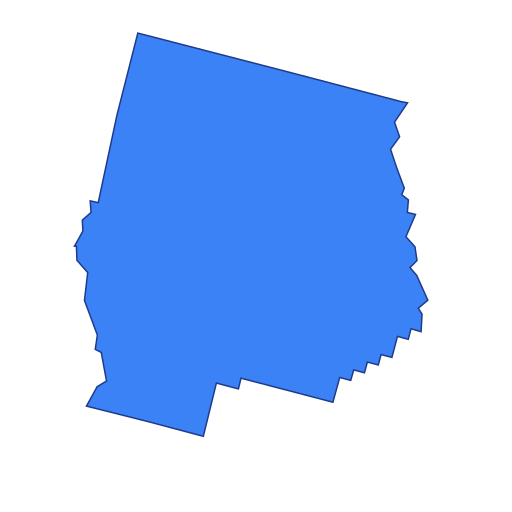 Stoddard, Missouri, United States of America (Robinson projection), rotated 194°
{"feature_id": "52423323B58883405017041", "entity_name": "Stoddard", "entity_type": "district", "adm_level": 2, "iso_a3": "USA", "parent_name": "United States of America", "parent_adm1": "Missouri", "projection": "robinson", "projection_center": [-90.02, 36.877], "detail": "fine", "context": "isolated", "style": "filled", "palette": "blue", "viewbox_px": 512, "rotation_deg": 194, "n_neighbors": 0, "source": "geoboundaries", "source_scale": "gbopen_adm2", "svg_char_len": 852}
<svg xmlns="http://www.w3.org/2000/svg" viewBox="0 0 512 512"><g transform="rotate(194 256 256)"><path d="M169.2,133.0L146.0,132.7L145.4,158.4L134.0,158.2L133.6,169.1L122.5,168.9L122.3,180.0L111.0,179.9L110.8,190.6L99.6,190.5L99.3,212.2L88.1,212.0L88.0,222.9L77.5,222.5L80.8,239.7L85.9,244.6L78.6,254.7L95.4,276.1L103.8,282.0L98.7,290.6L104.0,303.4L115.2,311.0L111.3,334.9L119.7,334.9L121.7,347.3L129.4,350.7L128.5,357.7L140.8,375.6L151.3,392.2L145.5,406.4L154.0,419.4L146.0,441.3L152.5,440.9L264.0,442.3L424.6,443.7L425.0,359.0L422.0,269.6L430.2,269.4L426.6,258.3L433.2,248.8L430.0,238.3L434.5,221.6L432.6,222.0L428.7,208.5L415.3,199.2L411.7,171.4L390.8,140.9L389.4,126.5L382.8,125.0L370.8,98.5L378.5,90.8L384.2,69.3L321.2,69.2L263.5,68.3L263.7,123.1L240.9,122.8L241.0,133.8L169.2,133.0Z" fill="#3b82f6" stroke="#1e3a8a" stroke-width="1.5"/></g></svg>